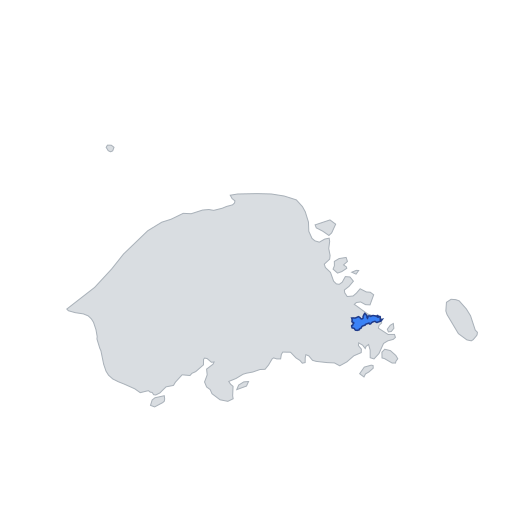 Jangheung-gun, South Jeolla, South Korea (highlighted), rotated 256°
{"feature_id": "91817680B67324121140218", "entity_name": "Jangheung-gun", "entity_type": "district", "adm_level": 2, "iso_a3": "KOR", "parent_name": "South Korea", "parent_adm1": "South Jeolla", "projection": "natural_earth1", "projection_center": [126.923, 34.646], "detail": "fine", "context": "in_parent", "style": "filled", "palette": "blue", "viewbox_px": 512, "rotation_deg": 256, "n_neighbors": 0, "source": "geoboundaries", "source_scale": "gbopen_adm2", "svg_char_len": 4784}
<svg xmlns="http://www.w3.org/2000/svg" viewBox="0 0 512 512"><g transform="rotate(256 256 256)"><path d="M149.5,120.4L151.3,119.1L151.4,117.1L151.4,110.6L156.5,106.2L163.7,97.0L167.3,92.0L171.3,87.3L176.0,84.1L180.6,82.6L187.8,82.0L201.6,82.6L204.3,82.1L214.0,81.6L216.2,82.4L223.2,82.9L231.0,82.3L234.9,81.0L238.5,78.7L241.6,74.5L244.8,66.8L248.3,60.7L250.3,59.6L264.6,91.9L278.3,112.8L290.0,128.0L306.7,157.1L311.6,172.7L312.2,182.4L315.0,195.7L312.7,203.3L313.5,215.3L312.5,221.5L310.5,226.0L310.5,234.8L311.2,239.4L311.3,245.6L312.6,248.0L314.6,248.9L317.5,246.7L321.2,245.7L320.6,253.2L316.3,272.1L312.5,285.8L307.4,297.8L300.7,308.7L292.7,313.0L287.0,314.5L276.2,315.1L267.2,313.2L259.5,314.6L256.4,316.9L254.1,320.8L255.8,326.8L255.6,331.3L252.3,331.0L245.7,328.4L238.5,328.0L235.1,326.7L231.6,320.3L228.1,320.5L222.1,324.3L212.8,325.2L209.5,327.2L208.4,329.9L209.7,333.3L214.4,337.7L212.9,342.1L208.0,344.4L204.0,338.9L201.6,333.5L198.8,333.2L194.6,334.7L193.7,340.5L195.7,344.5L199.0,349.1L194.4,354.4L193.2,358.1L189.9,360.8L181.0,354.8L182.3,350.5L186.1,346.4L186.6,342.2L185.3,339.7L172.6,350.4L164.8,362.6L160.6,361.7L158.9,358.6L156.4,357.3L147.9,365.2L146.4,371.4L143.3,371.6L141.9,369.0L141.8,363.4L140.3,358.6L131.6,351.7L127.6,345.6L129.7,342.2L137.1,344.0L142.9,343.8L141.7,340.9L139.8,339.6L143.7,337.9L146.9,334.6L144.3,333.7L140.2,335.7L136.8,334.7L135.5,326.8L131.3,318.6L129.2,310.7L133.3,306.2L135.4,299.1L139.2,288.9L141.1,285.6L146.3,283.1L148.2,280.5L145.3,279.1L140.7,277.9L140.8,275.0L144.0,273.4L147.5,270.1L154.3,266.2L156.3,258.7L154.4,256.8L150.2,255.0L151.1,251.3L152.9,248.4L152.2,246.7L147.2,241.8L143.9,237.4L144.9,232.3L144.2,224.7L144.6,218.3L144.4,214.8L142.0,207.0L140.9,199.2L137.7,200.3L135.1,202.2L125.9,199.5L123.0,199.3L121.8,193.5L125.2,186.3L133.0,180.0L137.5,179.2L140.9,176.4L146.2,175.6L152.5,179.9L158.2,180.7L161.4,188.1L163.3,189.7L163.7,187.0L168.3,183.8L169.4,181.4L168.4,180.1L163.1,178.7L158.4,169.5L157.7,165.5L156.0,163.0L158.6,155.6L153.1,147.3L150.4,144.6L150.8,137.1L148.0,132.3L146.4,129.7L145.4,125.1L146.2,123.1L148.7,122.3L149.5,120.4ZM131.1,450.8L128.4,452.4L126.0,451.4L125.3,450.7L122.3,446.5L121.6,444.4L123.6,440.3L131.7,433.6L152.9,427.2L156.7,426.9L165.0,429.6L166.8,434.8L165.3,439.3L163.3,442.3L153.7,447.3L146.1,449.7L131.1,450.8ZM273.1,336.5L267.6,341.0L260.1,335.0L258.3,331.7L263.9,326.8L268.7,321.3L271.9,320.9L273.1,336.5ZM233.4,336.0L232.8,343.1L228.6,343.4L226.2,338.8L223.5,341.1L222.1,341.1L220.1,335.4L219.7,331.0L224.6,327.6L227.5,329.7L231.8,330.7L233.4,336.0ZM125.7,367.6L122.0,368.7L119.9,366.2L118.4,365.5L119.2,362.2L125.4,355.8L126.6,353.6L132.2,354.9L134.4,358.3L131.7,363.5L125.7,367.6ZM142.9,123.7L142.6,133.2L139.4,132.8L137.3,131.9L136.3,130.0L134.1,121.1L136.6,117.5L141.4,120.4L142.9,123.7ZM122.2,341.4L121.4,343.1L118.8,342.6L116.2,337.6L115.1,333.7L112.5,331.5L116.7,328.1L122.0,334.2L122.2,341.4ZM136.8,213.7L136.0,218.4L132.1,215.3L131.0,205.0L135.0,208.0L136.8,213.7ZM398.5,142.4L395.8,144.5L392.7,142.4L392.3,140.1L393.9,138.1L397.7,136.9L399.5,138.7L398.5,142.4ZM156.3,369.5L157.3,372.9L152.5,372.3L150.0,369.0L150.3,366.1L153.2,365.7L156.3,369.5ZM217.8,349.8L217.1,352.1L214.2,348.7L217.1,345.0L217.8,349.8Z" fill="#d9dde1" stroke="#a8b0b8" stroke-width="1"/><path d="M162.9,331.9L162.5,332.9L162.2,333.5L161.7,333.9L161.0,334.1L160.2,334.4L159.8,334.8L159.7,335.2L159.3,336.4L159.4,337.2L159.3,337.8L159.5,338.5L160.2,338.7L160.4,339.4L160.5,340.2L160.7,340.7L161.3,341.1L161.7,341.4L162.1,341.9L162.2,342.2L162.5,344.5L162.4,345.0L163.0,345.6L163.3,346.3L163.4,347.6L163.6,349.4L162.9,349.5L162.5,349.7L162.4,350.3L162.4,350.8L163.1,351.7L163.4,352.1L163.5,352.5L163.8,353.5L163.8,354.2L163.9,355.0L163.7,355.8L163.2,356.2L162.6,356.7L162.2,357.3L162.4,358.0L162.4,358.8L162.5,359.8L162.5,361.2L163.3,362.4L163.4,362.6L164.0,363.3L164.0,362.9L163.4,362.1L163.3,361.5L163.7,361.1L164.4,361.3L165.9,361.5L166.2,361.7L166.8,361.9L167.3,361.7L167.5,361.2L167.2,360.4L167.0,359.6L167.5,359.1L168.1,359.8L168.3,360.0L168.9,359.7L168.9,359.1L168.5,358.5L168.6,357.8L169.1,357.3L169.5,356.2L169.7,355.7L170.0,355.2L169.9,354.0L169.9,353.7L169.8,353.2L169.6,352.8L170.2,352.4L170.3,352.0L170.5,351.4L170.6,350.9L170.6,350.4L170.2,349.8L169.8,349.7L169.1,349.6L168.6,349.1L169.5,348.8L169.9,348.9L170.6,349.0L171.2,349.0L171.9,348.9L172.4,348.6L172.9,348.3L173.3,348.1L174.0,347.7L173.5,347.0L172.7,346.3L171.3,345.2L170.0,345.0L169.4,344.1L169.4,343.1L169.9,342.5L170.9,342.1L171.8,341.4L172.4,340.7L172.1,339.2L171.9,338.2L171.8,337.1L172.3,335.7L172.7,333.8L171.8,333.9L170.0,333.7L169.7,333.3L168.9,333.2L168.2,333.9L167.9,334.6L167.3,334.7L166.6,333.7L165.5,333.2L165.4,332.0L164.7,331.8L163.7,331.8L162.9,331.9Z" fill="#3b82f6" stroke="#1e3a8a" stroke-width="1.5"/></g></svg>